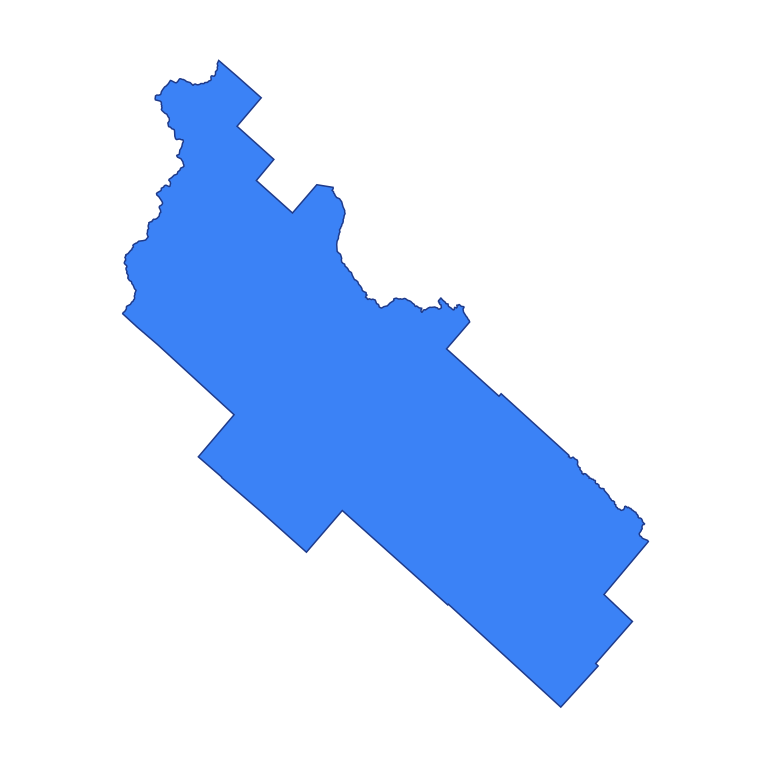 25 de Mayo, Buenos Aires, Argentina, rotated 268°
{"feature_id": "61730980B17361655515044", "entity_name": "25 de Mayo", "entity_type": "district", "adm_level": 2, "iso_a3": "ARG", "parent_name": "Argentina", "parent_adm1": "Buenos Aires", "projection": "robinson", "projection_center": [-59.976, -35.554], "detail": "fine", "context": "isolated", "style": "filled", "palette": "blue", "viewbox_px": 768, "rotation_deg": 268, "n_neighbors": 0, "source": "geoboundaries", "source_scale": "gbopen_adm2", "svg_char_len": 6168}
<svg xmlns="http://www.w3.org/2000/svg" viewBox="0 0 768 768"><g transform="rotate(268 384 384)"><path d="M582.3,340.0L585.5,323.8L558.1,298.5L591.8,263.5L612.3,281.8L646.7,246.1L674.3,271.3L696.8,247.7L713.1,230.1L709.8,228.5L707.9,229.0L706.3,228.4L704.7,228.6L703.6,228.1L702.0,226.5L699.3,226.4L697.9,225.5L697.5,224.8L698.0,222.6L697.6,222.0L696.9,221.7L694.3,221.9L693.8,221.6L693.4,221.3L692.9,219.5L691.6,218.1L691.5,215.5L690.6,214.6L690.5,214.0L690.7,211.5L689.9,210.3L689.5,208.5L689.6,207.6L690.4,205.8L690.1,204.6L689.3,203.9L689.3,203.4L692.0,200.8L693.2,197.1L694.2,196.1L695.3,194.2L695.4,193.1L696.1,191.5L696.1,190.5L695.7,190.0L693.3,188.3L692.3,186.9L692.4,185.9L694.6,182.0L694.8,181.1L691.7,179.0L689.5,176.8L688.5,175.1L686.5,173.5L684.1,171.8L681.6,171.1L681.0,170.6L680.5,169.0L680.7,167.0L679.9,165.7L677.0,165.2L675.9,165.5L674.6,170.1L673.5,171.2L672.3,171.4L671.3,171.1L669.8,171.7L669.0,171.4L667.7,171.8L666.8,171.3L666.0,171.1L664.9,171.8L662.3,174.4L661.2,176.4L658.4,177.7L657.3,178.6L655.1,178.7L654.2,178.5L652.4,177.1L649.2,177.6L648.6,178.0L648.1,179.6L646.5,180.8L646.0,182.3L645.5,183.2L644.2,183.5L638.9,183.6L636.3,184.3L635.5,185.4L635.9,187.4L635.9,188.6L635.2,189.9L635.1,191.4L634.1,191.9L633.1,191.9L631.6,191.0L628.5,190.3L626.5,189.3L624.9,188.1L621.3,187.5L620.6,187.2L619.8,185.0L619.3,184.8L617.9,185.6L616.2,188.9L613.0,190.8L611.4,191.0L609.9,191.6L608.5,191.6L607.8,190.7L606.8,188.3L604.7,187.4L603.3,185.4L601.2,184.7L600.5,183.2L600.1,181.6L597.7,179.0L596.1,176.4L595.1,176.1L593.7,177.3L592.0,177.7L589.3,177.0L588.9,176.6L588.9,175.9L590.3,173.1L590.1,172.0L589.3,171.0L588.5,170.7L587.4,168.3L585.5,168.1L584.9,167.6L583.0,163.9L582.2,163.3L580.9,163.5L578.9,165.6L574.0,168.6L572.7,169.0L571.9,168.9L570.6,167.9L569.7,166.1L568.7,165.5L567.6,165.7L565.7,166.7L563.4,166.9L562.5,165.8L559.5,165.1L557.5,163.0L556.6,161.2L556.7,159.5L556.1,158.7L555.4,158.5L555.0,157.8L554.4,157.6L554.1,156.0L553.4,154.6L552.0,154.6L551.1,154.0L549.9,153.8L547.5,154.2L546.1,153.1L543.8,152.9L542.5,152.4L540.0,153.1L539.5,153.5L538.9,153.2L536.2,150.8L535.7,148.3L535.3,143.9L533.4,141.6L533.4,140.9L532.3,138.9L531.4,137.9L529.6,138.3L528.4,137.0L527.0,136.6L526.4,135.5L523.2,132.7L522.2,130.5L521.8,130.4L521.3,130.7L520.7,130.0L520.1,130.0L519.4,129.5L518.3,130.1L516.3,130.0L515.9,129.3L514.0,128.6L512.7,129.4L511.3,130.9L510.5,131.1L509.7,131.0L508.9,130.2L507.6,130.2L505.1,131.1L504.0,130.7L501.4,132.2L500.5,131.9L499.7,132.1L499.2,131.7L498.7,131.7L496.3,133.2L495.2,135.1L493.0,135.6L491.4,136.8L487.9,138.0L486.3,139.5L483.0,138.1L482.2,138.3L480.6,137.5L478.9,137.8L477.5,137.5L476.9,136.8L475.4,136.0L474.7,134.8L472.4,133.3L470.8,129.8L470.2,129.3L467.9,129.1L465.4,127.3L464.6,125.9L463.3,125.3L449.7,139.1L431.2,159.2L358.5,233.1L317.7,195.9L296.8,218.4L296.1,218.4L261.5,255.8L218.6,300.6L259.0,337.9L161.0,440.0L161.7,440.6L54.9,549.4L94.7,588.2L97.3,585.8L138.0,624.0L165.9,596.5L217.3,642.7L218.5,642.0L220.4,637.6L221.1,636.6L222.5,635.8L222.9,634.8L224.6,633.9L225.8,633.9L228.5,636.0L229.5,636.1L230.2,637.0L232.5,636.8L233.9,637.5L234.5,638.1L234.5,639.0L235.1,639.5L237.4,637.5L238.7,637.4L240.3,636.6L241.0,635.7L241.1,634.3L242.2,633.2L243.1,633.5L243.9,632.8L244.5,632.8L245.5,631.7L246.9,631.3L247.7,629.7L249.2,628.1L249.3,627.6L251.0,626.3L251.0,625.5L252.3,624.0L251.9,622.9L252.8,622.2L253.4,621.1L253.1,620.3L251.9,620.1L250.1,619.1L249.4,616.9L249.5,616.4L250.6,615.3L251.2,613.2L252.2,612.9L252.8,612.0L253.7,611.4L255.2,611.4L255.8,610.3L258.2,610.2L259.2,609.0L259.3,608.1L259.7,607.4L261.1,606.7L262.5,605.5L264.7,604.7L269.6,600.7L270.4,600.3L271.5,600.2L271.9,599.3L272.0,597.2L273.1,595.8L273.7,595.4L275.6,595.2L276.9,593.6L276.8,592.8L277.1,592.3L278.4,591.7L279.8,591.9L280.3,591.5L280.7,590.1L281.5,589.7L281.6,588.4L282.6,587.3L282.9,586.3L282.7,585.8L284.4,585.5L285.1,584.1L286.4,583.4L287.2,582.2L287.5,580.7L286.7,580.2L287.8,578.7L289.3,578.7L291.6,576.9L293.5,577.0L294.3,575.6L296.8,574.5L299.3,574.9L301.2,574.5L302.4,572.3L304.2,570.6L304.2,569.9L303.4,568.5L303.5,567.5L304.9,566.7L304.9,565.9L306.3,566.3L370.2,500.7L367.8,498.5L416.9,447.7L443.0,471.8L444.8,471.2L445.4,470.5L447.9,469.3L448.6,468.6L453.1,466.0L456.1,465.6L457.7,466.6L458.5,466.4L458.9,464.0L460.7,462.1L460.7,461.6L460.0,460.7L460.4,459.8L460.1,459.5L458.5,459.8L457.9,459.6L457.5,459.2L458.1,457.4L457.4,456.9L456.2,456.9L455.7,456.4L455.7,455.9L456.0,455.2L457.6,453.7L459.2,451.3L459.8,451.0L461.7,450.8L462.2,448.7L463.5,448.2L465.5,445.9L467.9,443.9L467.8,443.5L466.4,442.6L465.6,441.5L464.5,441.3L464.1,441.4L463.6,442.3L462.9,442.0L462.1,442.4L461.3,443.0L461.2,443.6L460.6,443.8L458.4,444.0L457.9,443.7L456.9,441.9L457.0,440.9L458.1,440.1L458.4,439.5L458.7,438.1L459.2,437.6L458.9,434.0L459.1,432.6L458.4,430.8L456.6,428.1L456.8,427.3L456.6,426.2L454.4,424.5L454.4,424.2L455.2,423.6L457.0,423.6L457.5,424.3L458.4,424.3L458.9,421.7L460.8,419.4L460.4,418.4L460.5,417.9L462.6,416.9L463.6,415.5L465.6,413.6L466.6,411.6L466.6,410.9L468.5,408.5L468.8,407.2L468.2,405.7L468.2,404.3L468.6,403.2L468.3,401.9L469.4,399.2L468.9,397.1L468.5,396.7L467.3,396.8L466.9,396.5L464.8,392.9L462.0,390.1L461.3,386.6L460.0,384.3L460.3,383.2L461.2,381.9L463.1,381.5L463.8,381.0L464.6,379.4L468.2,378.2L469.2,375.8L468.8,374.5L469.7,372.1L469.1,371.2L469.2,370.5L470.5,369.9L471.3,368.6L472.4,369.0L473.2,370.0L473.7,370.0L474.0,369.2L475.6,369.4L476.1,369.1L476.9,367.3L478.1,365.7L479.2,365.3L480.3,365.2L482.5,364.0L484.5,362.2L487.2,361.3L488.9,359.3L489.3,358.2L490.0,357.8L493.8,356.1L496.5,355.3L498.2,352.9L500.4,351.9L501.9,350.7L502.9,349.3L505.2,348.8L506.2,347.0L507.4,346.0L509.7,345.7L511.0,346.1L514.6,345.2L515.6,344.6L516.7,343.1L518.2,341.8L525.1,341.6L528.4,342.1L531.0,343.5L533.5,343.7L535.2,344.4L535.9,344.4L537.5,345.3L539.6,344.9L541.5,346.2L542.1,346.2L543.5,347.2L545.1,347.5L546.4,348.5L548.5,349.0L549.4,348.8L551.2,349.6L553.8,350.1L555.5,351.0L556.1,351.0L556.9,350.7L558.7,350.8L562.6,349.2L567.5,348.1L570.7,346.0L572.0,343.2L574.1,341.7L575.3,341.4L576.7,340.4L577.8,340.3L579.4,338.9L580.9,340.0L582.3,340.0Z" fill="#3b82f6" stroke="#1e3a8a" stroke-width="1.5"/></g></svg>